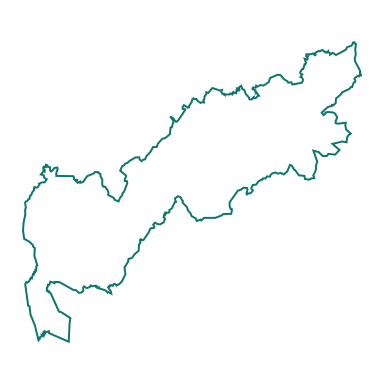 Altotonga, Veracruz, Mexico (Robinson projection)
{"feature_id": "50627088B58942716797711", "entity_name": "Altotonga", "entity_type": "district", "adm_level": 2, "iso_a3": "MEX", "parent_name": "Mexico", "parent_adm1": "Veracruz", "projection": "robinson", "projection_center": [-97.134, 19.765], "detail": "fine", "context": "isolated", "style": "outline", "palette": "teal", "viewbox_px": 384, "rotation_deg": 0, "n_neighbors": 0, "source": "geoboundaries", "source_scale": "gbopen_adm2", "svg_char_len": 5845}
<svg xmlns="http://www.w3.org/2000/svg" viewBox="0 0 384 384"><path d="M316.1,168.5L315.8,166.4L317.2,161.5L313.4,150.7L318.7,152.1L322.8,156.1L327.0,155.9L328.3,153.9L335.1,154.6L339.5,150.0L332.5,143.9L342.3,141.5L346.6,142.3L347.0,137.7L348.5,135.1L350.7,133.6L346.1,129.5L345.3,125.1L345.7,122.8L337.4,123.7L335.7,123.2L335.6,121.2L337.2,117.3L334.9,113.4L332.7,112.4L327.9,112.0L325.5,112.6L325.4,113.7L323.5,115.1L321.7,112.6L327.6,107.2L332.2,105.7L332.1,104.9L333.4,105.2L335.7,103.1L336.0,98.5L341.0,94.3L342.3,92.2L349.3,89.0L351.0,87.0L352.1,87.1L353.7,82.6L355.2,81.9L355.3,80.5L354.4,78.8L354.9,77.9L357.4,76.1L358.9,76.4L359.3,75.4L360.9,75.6L361.0,74.6L360.0,73.8L360.1,70.8L354.9,61.0L354.8,58.1L355.8,54.2L355.2,49.7L355.8,45.4L355.8,43.8L354.7,43.4L354.4,42.3L353.0,42.5L352.2,44.9L351.2,45.8L347.1,47.2L345.9,49.7L336.0,55.0L332.7,52.8L330.1,54.6L330.2,53.3L328.4,52.3L328.2,51.1L326.8,52.6L325.8,51.9L325.4,52.4L322.3,49.9L319.9,51.3L318.7,51.0L317.0,51.8L314.9,53.3L315.6,54.9L315.0,55.3L312.8,53.4L311.1,54.2L306.4,54.3L306.2,56.1L306.8,56.9L307.7,56.6L307.3,57.4L307.8,58.4L306.9,59.7L304.7,58.8L306.0,63.2L305.1,64.7L304.5,64.4L303.2,69.1L302.1,69.1L300.1,72.3L300.7,73.8L302.3,74.4L300.5,76.9L301.8,77.4L302.9,79.4L302.7,81.5L301.5,82.8L292.4,84.5L291.4,82.3L288.2,82.7L287.3,81.2L284.1,79.3L280.6,75.2L277.8,74.7L270.9,77.6L269.9,78.4L268.8,82.1L263.6,85.5L260.4,85.1L257.3,86.7L256.2,85.7L255.6,87.7L253.4,87.4L252.5,88.2L252.6,89.2L255.4,90.3L255.8,91.3L255.3,91.9L256.6,92.7L256.4,93.2L256.9,93.0L258.9,95.7L257.8,95.8L255.9,98.0L254.0,98.3L253.8,97.1L251.5,99.5L249.5,99.3L248.9,97.4L245.8,94.0L244.2,89.8L242.3,89.0L241.2,85.8L238.9,87.5L239.5,89.8L239.0,90.5L237.7,89.7L238.5,88.7L237.1,88.4L237.4,89.6L236.9,90.1L236.4,88.9L236.8,91.5L236.2,91.8L236.2,93.1L234.4,92.5L232.7,94.1L232.7,92.7L231.6,94.0L230.1,93.5L229.4,94.4L226.2,94.5L225.8,95.2L226.0,94.5L224.4,94.0L224.6,95.0L222.1,93.5L221.3,91.9L222.0,90.0L219.9,90.5L212.4,88.0L208.2,93.0L206.4,92.2L206.2,94.2L204.5,96.6L204.3,99.3L203.5,100.0L204.0,102.5L201.5,102.2L200.5,102.9L197.6,100.9L196.4,99.0L195.0,99.3L193.5,98.3L192.1,99.9L191.8,101.7L189.0,106.2L189.0,107.4L188.0,107.7L183.9,105.1L182.5,107.2L182.8,109.0L185.2,109.3L185.1,110.0L178.2,120.4L176.5,121.8L175.8,121.7L172.5,117.6L170.2,116.6L173.6,120.9L171.8,127.4L170.5,127.6L170.0,134.0L165.4,138.0L162.3,138.8L157.8,143.8L156.9,146.9L153.0,147.1L150.6,151.7L146.1,156.6L145.2,159.3L143.0,159.8L141.4,161.2L139.6,159.3L139.2,157.3L135.6,157.4L129.8,160.7L127.3,163.0L125.2,163.6L124.1,165.2L122.2,166.2L120.2,170.8L125.8,175.3L126.2,176.0L124.7,179.7L124.8,181.0L126.9,181.1L127.3,183.0L124.2,191.4L122.4,193.5L122.3,195.1L120.0,197.9L118.6,201.4L114.5,199.7L113.7,197.8L108.1,194.9L108.5,192.6L107.9,190.7L105.0,186.6L103.2,186.7L102.3,185.0L102.2,179.2L100.6,176.6L100.4,174.0L98.5,173.1L98.4,172.2L95.0,172.0L93.9,173.4L87.2,176.1L83.1,182.0L80.3,182.8L80.0,181.5L77.7,182.8L76.5,181.6L77.5,179.0L76.1,181.3L75.6,181.1L75.4,180.1L73.9,179.1L74.2,178.2L73.4,176.2L56.3,175.9L56.3,172.9L57.7,168.8L57.3,167.5L54.6,167.9L51.8,171.1L50.8,171.4L50.1,170.2L50.1,167.3L47.1,166.7L47.4,165.3L45.9,164.9L45.9,163.8L45.5,167.1L43.8,166.8L43.1,168.0L44.8,170.0L44.6,171.5L43.4,170.6L43.2,171.7L40.9,174.5L43.6,175.2L44.3,177.8L46.7,179.2L44.7,182.3L41.7,182.5L39.2,183.6L39.6,184.1L37.8,187.1L35.9,187.8L34.6,187.0L34.1,187.5L34.0,190.2L32.5,191.9L31.2,195.0L30.1,195.7L29.4,198.9L28.4,199.2L27.3,201.1L25.8,201.5L25.1,202.6L25.8,207.7L25.1,210.1L25.3,214.7L23.6,222.5L23.0,230.4L24.2,238.9L29.4,241.7L33.1,245.3L33.1,246.5L34.8,248.1L34.4,255.8L37.3,265.5L36.4,265.9L36.1,270.5L35.3,270.2L35.1,272.3L34.2,272.0L33.8,274.5L33.0,274.1L31.8,278.5L31.1,278.2L31.3,277.0L28.9,281.4L27.4,282.7L26.3,282.0L25.2,284.1L28.2,305.8L29.5,306.3L30.5,314.6L34.9,325.4L38.5,340.3L39.9,338.6L39.7,337.4L41.9,336.2L41.7,335.2L43.4,336.1L43.1,334.0L44.1,334.5L43.8,332.4L45.1,333.0L44.8,331.4L46.4,332.1L48.9,331.3L49.0,333.1L68.7,341.7L69.6,323.0L70.4,318.1L61.3,312.2L59.0,311.6L50.9,293.7L50.0,292.5L48.7,292.3L48.8,291.3L47.3,291.1L47.4,290.0L46.7,289.9L47.0,287.2L47.8,286.7L47.9,284.8L49.3,284.8L50.3,281.7L54.6,283.1L54.7,281.9L59.4,282.1L73.1,289.8L76.2,290.3L78.7,292.8L81.3,292.6L83.3,291.0L83.1,287.6L84.0,286.4L86.7,288.1L89.5,287.2L90.9,285.4L92.0,286.3L95.8,285.7L96.0,286.8L97.2,286.6L97.2,287.7L98.6,287.5L98.2,288.1L105.5,290.4L107.3,292.3L107.5,291.8L111.3,293.7L110.8,291.3L108.1,287.3L109.7,285.6L110.0,286.3L111.7,285.1L112.8,285.8L114.1,283.9L115.7,284.4L116.5,285.5L117.6,284.6L118.8,284.6L121.9,281.4L125.4,274.3L124.5,267.4L128.0,261.9L128.5,258.9L132.2,257.8L134.5,254.3L138.6,250.8L139.1,244.4L140.5,242.6L140.0,241.5L140.2,239.5L141.1,239.2L142.1,240.3L143.6,239.9L148.6,232.5L150.2,229.0L151.1,228.2L153.8,228.0L154.4,226.9L153.2,224.8L154.8,222.7L157.7,224.1L160.2,224.3L163.7,222.3L165.1,218.6L163.6,217.4L164.5,213.7L165.0,213.0L165.6,214.1L166.2,212.6L168.6,212.7L169.4,212.1L169.3,210.1L171.7,208.6L174.8,202.2L176.1,201.8L175.1,199.8L175.1,198.3L177.9,196.2L180.9,197.5L181.6,199.6L182.8,200.9L182.5,202.5L187.0,207.2L188.1,210.7L190.4,213.1L191.6,216.1L195.8,218.4L196.7,220.9L200.6,219.7L201.2,220.5L203.9,217.9L215.3,217.9L221.5,215.5L223.3,214.1L231.2,213.8L232.0,209.6L231.6,208.9L230.7,209.0L229.7,206.6L229.6,202.3L238.0,190.5L240.2,190.1L243.6,187.7L247.1,188.1L247.5,189.5L246.5,193.8L247.2,194.4L248.1,193.5L250.5,193.2L252.7,191.1L252.8,190.2L251.5,188.9L251.4,187.6L252.9,185.0L256.1,184.6L258.4,181.5L261.5,179.5L262.4,179.7L263.2,178.3L265.5,178.5L266.9,176.4L270.0,176.7L270.6,174.9L272.4,173.3L275.7,172.5L277.5,173.6L280.8,173.0L283.8,174.4L287.2,171.5L290.0,164.9L291.8,165.7L294.2,169.8L295.1,170.1L298.9,175.3L304.4,175.9L305.0,179.0L309.0,179.7L311.5,178.4L314.3,178.2L313.3,175.3L315.2,171.9L316.1,168.5Z" fill="none" stroke="#0f766e" stroke-width="2"/></svg>